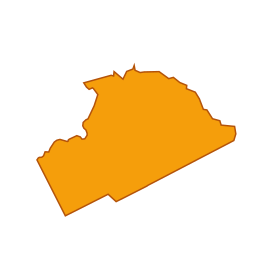 the district of Wakulla, Florida, United States of America, rotated 153°
{"feature_id": "52423323B44157144266829", "entity_name": "Wakulla", "entity_type": "district", "adm_level": 2, "iso_a3": "USA", "parent_name": "United States of America", "parent_adm1": "Florida", "projection": "natural_earth1", "projection_center": [-84.385, 30.132], "detail": "fine", "context": "isolated", "style": "filled", "palette": "amber", "viewbox_px": 256, "rotation_deg": 153, "n_neighbors": 0, "source": "geoboundaries", "source_scale": "gbopen_adm2", "svg_char_len": 940}
<svg xmlns="http://www.w3.org/2000/svg" viewBox="0 0 256 256"><g transform="rotate(153 128 128)"><path d="M39.4,68.8L34.6,73.8L32.3,81.0L43.7,88.3L42.9,92.8L48.5,97.9L49.5,108.3L52.4,110.4L51.2,121.6L51.8,129.4L58.1,136.5L56.3,139.3L61.2,145.0L64.6,152.5L69.3,153.5L74.7,164.1L88.2,170.6L92.0,171.9L95.5,176.2L94.1,180.9L96.9,178.3L103.5,179.0L110.3,173.8L114.8,184.6L117.2,180.9L119.1,182.6L146.9,188.3L146.4,183.3L145.1,180.1L141.5,179.9L140.9,178.8L139.7,171.5L148.1,163.1L159.5,154.3L161.8,154.4L165.4,153.3L167.3,150.5L167.4,147.9L166.4,145.3L166.8,142.0L167.7,140.1L171.4,138.0L174.0,138.9L174.6,141.8L177.1,144.4L185.4,144.7L186.8,144.3L187.3,143.5L188.2,143.5L193.8,148.7L197.0,149.4L200.1,148.9L206.4,145.3L209.5,142.6L212.7,144.4L215.9,141.5L218.2,141.1L220.4,142.1L221.6,142.0L223.6,140.9L223.7,78.2L175.8,78.0L172.0,67.8L162.9,67.7L137.2,67.7L136.1,67.9L39.4,68.8Z" fill="#f59e0b" stroke="#b45309" stroke-width="1.5"/></g></svg>